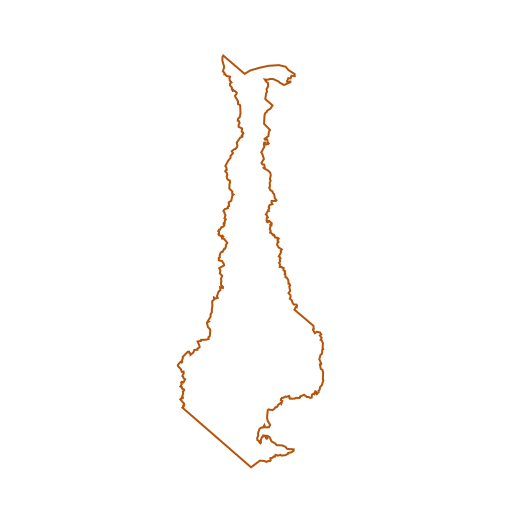 Urucará, Amazonas, Brazil (orthographic projection), rotated 221°
{"feature_id": "56859067B25055212595195", "entity_name": "Urucará", "entity_type": "district", "adm_level": 2, "iso_a3": "BRA", "parent_name": "Brazil", "parent_adm1": "Amazonas", "projection": "orthographic", "projection_center": [-58.835, -1.25], "detail": "fine", "context": "isolated", "style": "outline", "palette": "amber", "viewbox_px": 512, "rotation_deg": 221, "n_neighbors": 0, "source": "geoboundaries", "source_scale": "gbopen_adm2", "svg_char_len": 6145}
<svg xmlns="http://www.w3.org/2000/svg" viewBox="0 0 512 512"><g transform="rotate(221 256 256)"><path d="M346.3,418.7L353.4,417.6L357.8,418.3L363.9,415.1L371.3,407.8L376.8,400.4L382.0,392.4L384.1,386.0L412.2,385.8L411.9,384.3L409.7,381.5L404.0,377.8L402.1,373.6L400.2,373.6L399.0,372.3L398.3,373.0L396.5,372.5L393.2,374.3L392.5,372.6L391.1,371.3L388.4,370.9L388.8,369.2L387.5,367.7L384.7,367.3L383.5,365.9L382.6,366.4L381.8,365.4L380.8,366.6L377.8,366.7L377.1,365.7L377.0,363.3L376.4,362.7L371.1,361.0L369.3,358.9L366.9,359.4L361.2,353.4L359.4,350.2L359.6,347.7L358.5,346.1L357.4,346.6L355.7,345.7L355.4,344.0L353.9,342.1L350.2,343.1L348.6,340.7L347.6,340.2L346.7,340.7L345.9,340.1L345.8,337.7L344.8,337.7L344.5,336.9L345.6,335.2L345.0,329.6L344.7,328.6L342.6,327.3L341.7,325.5L341.8,323.1L342.5,322.2L343.0,319.2L340.8,318.5L340.9,314.9L339.7,313.5L339.5,309.6L338.2,303.8L336.5,303.4L334.6,301.9L335.1,300.6L334.7,299.7L332.9,299.6L330.8,298.5L330.4,296.9L328.8,295.6L326.5,295.2L325.3,295.8L323.9,294.6L323.1,292.7L320.3,289.4L316.0,289.1L314.9,287.3L313.3,287.7L313.4,285.9L310.9,281.5L311.8,278.5L309.1,276.3L309.7,274.9L308.6,273.7L310.3,270.9L310.3,269.2L309.9,268.4L308.6,268.4L307.5,267.3L305.8,266.8L304.4,263.6L302.8,263.8L302.5,262.0L301.2,260.3L301.9,259.7L301.5,258.9L300.7,259.1L299.9,258.2L300.2,256.2L301.0,255.3L300.5,252.1L301.2,251.6L300.7,249.9L299.7,250.0L298.8,249.0L298.8,247.9L297.5,247.4L296.8,247.9L295.3,247.9L294.7,249.4L293.6,249.2L293.7,247.5L293.0,246.9L291.5,248.0L286.3,247.1L285.9,244.4L285.0,243.5L284.1,241.3L284.8,240.7L283.9,237.3L284.8,236.6L284.6,234.4L283.6,232.3L282.4,231.2L282.8,230.1L281.2,228.3L278.4,229.9L275.0,228.9L273.9,228.0L275.8,222.7L273.3,221.6L271.9,219.1L268.6,218.9L267.3,215.6L265.5,214.3L265.3,213.3L263.3,211.2L260.6,211.0L260.0,210.1L262.6,208.9L260.4,206.8L260.9,204.7L259.1,200.0L257.4,199.3L258.5,197.4L260.5,197.1L259.1,195.7L259.4,193.1L256.0,189.5L254.0,186.3L252.4,184.6L252.0,182.2L250.5,180.5L249.6,175.2L248.6,175.5L249.2,173.4L245.6,170.8L242.8,170.6L241.6,169.8L238.3,165.2L238.6,163.5L237.3,162.3L239.0,159.8L242.4,156.7L241.8,155.9L244.0,153.2L239.7,151.1L238.7,150.1L239.4,147.7L238.7,146.8L240.9,144.7L240.0,142.0L240.6,138.4L241.7,139.4L242.8,139.1L243.8,139.9L244.7,138.9L245.1,131.7L244.2,130.9L243.3,128.6L242.2,127.6L242.2,126.8L243.4,126.7L243.6,125.6L243.4,122.3L242.2,121.6L238.7,121.4L235.9,119.9L234.8,121.2L233.4,119.8L233.5,118.8L232.7,117.0L231.8,117.1L230.4,116.2L228.6,116.5L227.8,112.9L229.5,112.3L229.5,111.4L227.9,110.4L227.5,107.9L225.7,108.4L225.3,107.6L224.4,107.4L222.9,108.0L222.1,107.4L222.3,105.7L220.9,104.7L219.2,100.9L218.4,101.3L218.0,100.5L219.2,98.9L219.1,98.1L213.4,97.4L212.4,96.6L212.9,95.5L211.9,95.1L212.1,93.3L121.1,93.3L118.8,104.1L115.3,106.8L113.0,107.4L112.8,108.5L110.9,110.5L110.9,111.5L112.5,112.8L111.1,114.7L111.2,116.3L110.2,116.8L110.1,117.8L110.8,118.7L108.3,119.9L107.0,122.1L105.9,122.0L103.2,124.9L102.0,127.9L102.5,128.5L100.7,130.8L99.8,133.6L100.7,134.8L105.8,130.9L108.7,131.3L112.0,130.2L116.3,126.8L118.4,127.1L122.7,126.3L126.8,128.2L129.2,127.9L130.3,127.0L127.8,125.7L128.2,125.0L130.5,125.8L132.1,125.9L132.8,125.3L132.2,124.1L132.7,123.2L131.4,119.9L130.0,118.6L129.8,117.6L130.8,117.5L132.4,118.4L134.1,118.0L135.6,119.2L136.7,122.2L138.1,123.3L140.0,128.1L139.4,130.0L138.2,131.0L138.7,133.8L136.8,132.6L133.9,135.2L134.5,137.8L138.9,139.2L141.6,141.2L145.9,147.2L145.9,148.4L142.6,150.4L141.9,152.3L142.1,154.7L141.3,155.3L141.1,156.6L141.7,157.7L141.0,161.3L140.0,161.0L141.0,163.8L142.7,163.5L143.3,164.5L143.4,165.9L142.6,166.5L141.6,169.2L140.6,169.7L139.2,172.1L138.2,171.7L137.8,170.8L136.7,170.6L133.2,173.8L132.8,175.2L130.1,177.1L129.9,178.2L130.6,178.7L128.7,182.8L125.1,182.9L123.9,184.1L122.0,184.5L121.1,185.8L122.8,188.0L122.3,189.8L121.3,190.0L122.5,192.8L121.6,193.0L120.3,191.7L119.5,191.6L119.4,194.4L120.2,195.0L120.3,196.9L121.7,199.3L121.5,201.6L123.7,206.5L124.7,206.8L129.0,212.3L131.2,213.6L133.0,213.3L136.6,216.0L135.9,216.5L136.0,217.5L140.5,219.6L142.4,223.7L142.1,225.7L144.6,228.9L144.2,229.7L145.9,230.9L148.2,234.1L151.4,235.5L152.1,235.1L152.8,237.3L155.7,237.9L155.4,239.6L157.4,240.3L160.4,238.7L160.9,236.4L164.4,237.6L164.9,238.1L164.6,239.0L166.9,241.0L191.8,240.7L192.4,243.6L191.6,244.0L192.7,245.7L193.8,245.8L195.5,244.2L197.1,244.4L199.9,246.0L202.5,246.0L203.1,247.9L204.3,249.1L207.1,249.3L207.3,252.0L211.0,254.9L210.8,256.1L212.6,257.0L213.3,256.4L215.8,259.0L218.8,259.9L219.8,259.3L221.3,260.9L222.5,261.1L222.6,262.2L223.9,262.8L224.1,263.6L226.0,263.3L227.3,265.1L228.9,264.3L229.5,264.6L230.9,263.3L232.5,265.5L234.1,266.0L234.2,267.6L236.1,269.3L236.0,270.3L236.8,270.8L238.5,270.6L239.5,275.3L240.7,276.0L240.8,277.9L244.6,277.3L247.6,278.4L248.6,280.5L248.2,281.3L249.0,281.8L250.3,281.3L249.8,281.7L250.6,282.7L250.2,284.0L251.4,284.0L253.7,282.5L255.9,283.8L256.4,283.7L256.0,283.1L256.4,282.9L259.3,283.3L260.7,282.9L261.2,284.5L263.2,285.2L264.6,288.0L265.7,288.9L265.6,289.4L265.4,289.0L264.5,289.4L265.6,291.0L268.7,291.1L269.2,289.2L270.1,289.0L270.0,290.3L270.7,289.7L271.5,289.9L272.9,292.1L272.4,292.9L274.6,293.9L275.8,293.8L276.5,297.8L275.9,298.5L277.0,298.9L277.4,300.9L278.4,301.1L279.2,303.2L277.7,306.0L279.3,306.5L280.3,307.8L277.1,310.6L277.1,311.5L279.8,312.0L282.8,314.5L285.0,314.8L286.0,315.6L288.1,315.1L290.8,316.1L291.3,317.9L293.6,320.1L294.4,322.5L295.9,323.0L297.7,326.5L300.0,328.3L303.2,328.4L307.6,327.4L308.1,327.5L307.6,328.6L309.7,330.4L311.4,329.3L313.0,329.9L313.7,334.4L317.9,337.0L320.0,337.7L321.4,344.0L323.5,345.5L324.2,347.1L323.4,347.7L321.6,346.7L320.3,348.3L320.2,349.3L321.8,349.5L324.0,351.3L325.0,350.9L325.4,349.8L326.4,350.1L325.3,354.6L327.7,358.1L328.1,360.3L336.7,361.1L342.1,368.1L342.8,370.2L342.4,371.5L342.8,373.5L341.8,376.8L342.3,380.5L351.9,380.5L355.1,385.4L355.4,387.2L357.6,388.9L358.1,391.8L360.2,394.3L362.9,394.3L365.2,395.0L362.9,396.6L361.4,399.0L358.9,400.9L353.1,402.6L351.8,402.4L347.0,403.5L344.1,409.7L344.5,410.3L344.9,410.1L345.4,408.7L347.1,408.0L348.3,411.4L346.4,412.7L347.5,415.3L344.8,417.2L346.3,418.7Z" fill="none" stroke="#b45309" stroke-width="2"/></g></svg>